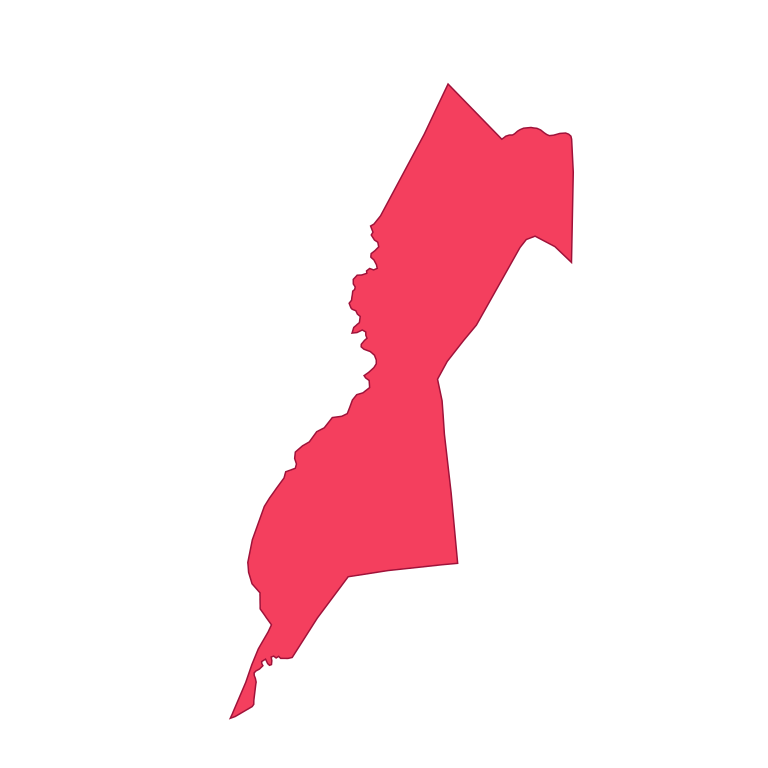 outline of Ar Rahad, Gedarif, Sudan, rotated 69°
{"feature_id": "16777658B55257137653826", "entity_name": "Ar Rahad", "entity_type": "district", "adm_level": 2, "iso_a3": "SDN", "parent_name": "Sudan", "parent_adm1": "Gedarif", "projection": "mercator", "projection_center": [34.809, 13.193], "detail": "fine", "context": "isolated", "style": "filled", "palette": "rose", "viewbox_px": 768, "rotation_deg": 69, "n_neighbors": 0, "source": "geoboundaries", "source_scale": "gbopen_adm2", "svg_char_len": 3770}
<svg xmlns="http://www.w3.org/2000/svg" viewBox="0 0 768 768"><g transform="rotate(69 384 384)"><path d="M641.0,647.3L641.1,642.1L637.9,622.7L636.4,620.4L632.7,618.9L618.2,611.2L616.5,610.2L612.8,609.6L609.6,609.6L607.2,608.8L606.0,606.4L605.5,602.4L603.6,598.0L601.3,598.3L599.3,597.7L598.4,593.2L603.4,592.8L605.6,591.7L605.6,589.6L602.2,587.9L598.5,587.2L598.5,584.5L601.1,582.9L600.5,580.0L603.1,578.8L605.8,572.0L606.4,567.7L578.6,530.1L551.1,486.5L559.6,447.1L573.6,394.3L577.8,379.5L509.9,360.4L452.5,345.6L433.1,339.6L420.5,335.8L398.7,332.3L385.6,316.9L371.9,294.1L362.1,276.6L305.3,208.1L300.1,199.4L300.1,190.0L317.0,175.2L337.7,165.4L254.1,131.4L222.7,121.1L219.6,120.7L216.9,122.1L214.8,124.5L213.1,130.0L212.5,136.5L211.4,140.6L209.6,142.5L207.1,144.3L203.0,146.7L200.1,149.6L198.5,152.7L197.2,154.8L195.2,162.0L195.3,165.9L195.8,168.7L197.2,172.4L197.6,174.8L196.5,177.8L196.3,181.5L197.0,183.7L197.7,186.3L126.9,216.7L145.6,236.4L165.3,257.0L225.8,327.0L231.1,336.1L231.7,339.9L238.3,339.9L240.1,342.2L240.3,342.5L241.9,342.2L246.2,341.3L249.4,339.0L254.1,339.8L255.4,342.8L256.2,344.5L257.2,347.7L257.6,349.2L258.9,349.9L260.5,350.7L261.0,350.8L261.4,350.6L262.2,350.2L262.4,350.1L262.6,349.9L262.9,349.8L263.8,349.4L264.2,349.1L264.5,349.0L265.0,348.9L265.9,348.8L266.9,348.7L267.3,348.6L268.7,348.5L269.2,348.4L269.4,348.4L269.6,348.3L270.0,348.3L270.5,348.4L271.7,348.6L273.1,348.8L273.4,348.8L273.6,348.8L273.6,350.0L273.7,350.3L273.7,350.9L273.7,351.3L273.8,352.8L271.0,356.0L271.9,358.9L272.0,359.3L272.1,359.5L272.2,359.8L272.6,359.9L273.5,360.1L274.3,360.3L274.5,360.4L274.2,365.9L272.8,370.1L273.1,370.6L274.3,373.1L275.3,375.2L279.6,376.8L283.1,376.1L284.9,377.3L285.3,377.6L286.1,379.9L288.2,381.0L289.2,381.5L290.7,382.4L291.0,382.6L291.5,382.9L292.1,383.2L294.2,384.3L295.4,386.4L296.1,387.6L296.6,387.6L299.0,387.6L299.4,387.6L299.6,387.6L300.4,387.6L300.7,387.6L301.0,387.6L302.0,387.3L302.2,387.2L302.4,387.1L302.7,387.0L303.0,386.7L303.5,386.2L304.0,385.7L304.8,384.8L305.2,384.4L305.6,384.0L306.3,384.0L306.7,384.0L307.2,383.9L307.4,383.9L308.1,383.9L308.4,383.8L308.7,383.8L308.9,383.8L309.2,383.8L309.7,383.5L310.1,383.3L310.4,383.1L310.6,383.0L311.2,382.7L311.7,382.4L311.8,382.3L312.0,382.2L312.4,382.0L312.8,382.2L313.0,382.3L313.7,382.7L314.0,382.8L314.4,383.1L317.2,384.6L317.8,385.0L318.0,385.3L318.7,387.5L318.8,387.8L319.4,389.2L320.1,391.3L320.4,392.0L320.7,392.2L321.0,392.5L324.8,395.4L325.0,395.6L326.3,390.8L325.8,384.9L328.9,382.4L332.0,383.5L335.2,383.5L336.3,386.6L338.8,391.0L341.1,392.0L344.3,390.3L348.8,385.2L353.7,382.6L358.8,382.6L362.4,384.0L365.1,387.6L367.7,394.3L369.0,399.6L371.7,399.0L375.4,396.6L382.2,398.7L384.7,406.9L384.2,413.3L387.6,419.2L393.0,423.9L398.5,428.9L399.0,435.0L396.8,444.3L398.8,447.6L403.5,455.5L404.4,463.9L411.3,474.5L412.5,482.2L414.7,488.3L415.8,491.2L421.5,494.1L427.3,494.4L430.9,497.0L430.7,507.2L431.0,507.4L431.3,507.6L432.0,508.2L432.8,508.7L433.1,509.0L433.9,509.5L434.8,510.2L435.2,510.5L435.5,510.7L435.7,510.9L435.9,511.0L436.1,511.3L436.5,511.9L436.6,512.1L439.3,516.3L442.9,521.9L446.2,526.8L449.2,531.4L455.4,539.6L482.2,562.7L501.8,575.1L504.3,575.8L511.3,577.9L519.6,578.5L520.5,578.6L523.2,578.8L533.2,575.1L534.4,574.6L534.8,574.7L536.2,575.3L537.4,575.7L537.7,575.8L538.6,576.1L541.1,577.1L541.4,577.2L541.8,577.3L542.8,577.7L547.0,579.2L548.2,579.7L548.5,579.8L549.1,580.0L549.3,580.1L549.6,580.2L550.4,580.0L551.2,579.8L554.2,579.0L557.8,578.1L559.6,577.7L560.4,577.5L566.0,576.0L566.8,575.8L567.2,575.7L567.9,575.5L568.5,575.4L568.7,575.7L568.9,575.8L569.3,576.2L571.4,578.4L573.9,581.0L582.7,591.9L586.2,596.2L586.7,596.7L598.7,608.0L613.0,620.0L625.9,632.5L636.2,642.5L637.3,643.5L641.0,647.3Z" fill="#f43f5e" stroke="#9f1239" stroke-width="1.5"/></g></svg>